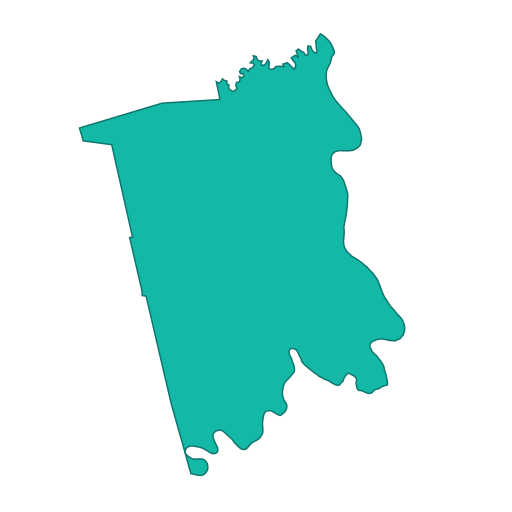 the district of Iguazú, Misiones, Argentina, rotated 164°
{"feature_id": "61730980B21961764082426", "entity_name": "Iguazú", "entity_type": "district", "adm_level": 2, "iso_a3": "ARG", "parent_name": "Argentina", "parent_adm1": "Misiones", "projection": "natural_earth1", "projection_center": [-54.463, -25.856], "detail": "fine", "context": "isolated", "style": "filled", "palette": "teal", "viewbox_px": 512, "rotation_deg": 164, "n_neighbors": 0, "source": "geoboundaries", "source_scale": "gbopen_adm2", "svg_char_len": 6039}
<svg xmlns="http://www.w3.org/2000/svg" viewBox="0 0 512 512"><g transform="rotate(164 256 256)"><path d="M390.4,427.7L390.3,414.2L364.0,402.8L369.5,308.0L372.4,308.5L375.2,254.1L375.7,251.6L376.3,249.4L372.7,247.7L378.2,137.4L378.4,87.4L378.7,87.0L378.4,85.6L378.6,64.7L376.3,63.6L374.7,62.6L373.4,61.9L370.2,60.5L369.2,60.2L367.5,60.2L366.7,60.2L365.3,60.8L364.3,61.4L363.2,62.2L362.2,63.1L361.8,63.6L361.0,64.8L360.6,65.8L360.2,67.7L360.1,68.9L360.3,70.9L360.7,72.1L361.9,74.3L362.5,74.8L363.6,75.5L364.5,76.0L366.5,76.6L371.5,77.8L372.5,78.2L373.6,78.9L374.2,79.5L376.4,82.2L377.3,83.4L377.9,84.8L378.2,85.7L378.2,86.2L378.2,86.9L378.0,87.7L377.6,88.6L376.2,90.3L375.2,90.8L374.0,91.2L372.1,91.4L371.2,91.4L369.7,91.0L368.1,90.3L362.6,87.6L361.7,87.0L359.4,85.2L357.2,82.9L354.3,79.6L353.5,78.9L352.1,78.0L350.9,77.6L350.0,77.5L349.0,77.5L348.0,77.8L347.2,78.3L346.6,79.0L346.0,80.7L345.8,81.9L345.8,82.7L347.2,90.9L347.2,92.7L347.2,93.6L347.0,94.8L346.7,95.8L346.2,96.5L344.8,97.7L344.0,98.3L342.6,98.7L341.5,98.8L339.8,98.8L338.9,98.6L338.1,98.3L337.4,98.0L336.3,97.1L335.4,95.9L332.5,91.1L331.0,89.0L330.2,87.5L329.3,86.0L328.2,82.6L325.7,77.9L323.8,75.0L321.9,73.6L321.6,73.5L320.2,73.1L319.7,73.1L318.5,73.3L317.4,73.8L314.0,76.1L311.5,77.4L309.8,78.0L306.1,78.7L304.0,79.4L302.9,79.9L301.3,81.0L299.4,82.7L298.7,83.7L298.2,84.4L297.9,85.2L297.3,87.0L296.0,93.0L294.3,97.4L292.5,100.8L291.6,102.2L290.8,103.0L289.8,103.7L289.5,103.9L288.6,104.0L285.9,103.6L284.5,103.2L283.8,102.8L281.1,99.9L278.5,97.3L277.7,96.7L276.7,96.2L276.0,96.2L275.1,96.4L272.1,97.8L271.0,98.5L269.8,99.6L269.2,100.3L268.5,101.2L268.0,102.4L267.7,103.3L267.6,104.5L267.6,105.7L268.7,109.6L269.0,111.9L268.9,113.6L268.8,115.3L268.4,117.2L267.6,119.2L265.8,122.9L264.0,125.5L263.0,126.5L262.2,127.1L257.8,129.6L252.0,133.5L251.3,134.2L250.6,135.3L250.4,135.9L250.0,137.7L249.8,139.0L249.7,141.1L250.2,144.8L250.1,147.4L250.3,148.6L250.7,150.0L250.8,150.8L250.9,152.9L250.7,154.4L250.5,155.1L249.9,156.3L248.9,157.1L248.2,157.4L247.4,157.4L246.7,157.2L245.9,156.9L244.6,156.1L243.6,155.2L243.3,154.8L242.8,153.6L242.1,150.6L241.8,148.9L241.7,147.3L241.5,146.7L241.1,145.3L241.1,144.5L241.1,143.0L240.9,141.6L240.4,140.2L238.7,137.1L236.0,133.1L233.2,129.3L232.5,128.1L232.0,127.4L230.4,125.9L228.7,123.1L228.3,122.7L226.8,121.4L223.9,118.5L220.5,116.0L219.3,114.5L217.2,112.2L215.2,110.4L213.2,109.2L212.5,108.9L211.5,109.0L211.0,109.2L209.2,110.6L208.7,110.9L207.5,111.3L206.9,111.6L206.5,112.1L205.7,113.5L204.8,114.5L203.7,115.6L201.4,117.2L200.5,117.7L200.1,117.8L199.1,117.7L198.5,117.3L194.4,113.2L193.8,112.0L193.5,111.0L193.4,110.2L193.5,109.1L194.4,107.2L194.7,106.6L194.9,105.7L195.3,102.4L195.3,100.5L194.8,99.2L194.4,98.7L194.0,98.5L191.1,97.2L188.1,94.4L186.6,93.4L184.9,92.6L183.8,92.5L183.2,92.5L181.8,92.9L179.5,94.4L178.6,94.7L176.3,94.8L174.9,94.6L173.4,94.9L170.6,95.8L165.2,95.9L164.4,98.5L164.2,100.3L164.1,102.3L163.8,104.6L163.8,107.5L164.0,109.7L163.8,111.5L163.6,114.3L163.8,116.2L164.2,117.4L164.5,118.7L165.4,121.5L165.9,122.7L166.8,124.6L167.7,127.3L168.7,128.6L170.2,131.1L170.6,132.0L170.8,132.7L171.1,134.9L171.4,135.6L171.5,136.7L171.4,137.9L171.1,138.8L170.1,140.4L169.1,141.0L167.7,141.7L166.2,142.0L164.7,142.0L163.5,142.4L160.8,142.1L158.1,141.7L157.2,141.3L153.6,139.6L152.5,138.8L149.1,137.3L147.7,137.0L146.5,136.2L141.4,136.6L140.5,136.9L139.3,137.4L138.2,138.3L136.5,139.3L133.9,142.9L133.1,145.3L132.5,147.6L132.5,150.7L132.8,153.3L133.3,155.4L133.9,156.7L135.1,159.2L136.1,160.8L136.7,162.4L137.9,165.1L138.2,166.0L139.0,167.2L139.5,168.6L140.2,169.8L141.4,172.9L142.4,177.1L142.9,178.8L143.7,180.6L144.0,182.7L144.3,183.7L144.6,187.3L145.0,190.2L145.0,193.7L145.3,194.7L145.3,195.8L145.6,198.9L146.1,200.8L148.0,206.0L148.8,207.9L149.6,209.5L150.6,211.1L152.5,215.1L153.4,216.1L154.1,217.0L154.7,218.1L156.3,220.6L158.0,222.7L159.0,224.0L160.0,225.1L160.8,225.9L162.6,228.0L163.6,228.9L165.0,231.0L165.4,231.8L166.0,232.7L166.4,233.6L167.5,235.5L167.7,236.5L168.0,237.3L168.2,238.5L168.5,239.7L168.6,240.4L168.4,243.6L167.6,246.7L164.7,254.1L164.0,257.2L163.7,259.4L161.9,263.1L158.0,270.6L156.0,275.3L154.1,279.9L151.7,287.2L151.2,288.4L150.8,290.2L150.6,295.6L151.0,304.1L151.7,307.0L152.8,309.7L154.5,311.6L156.1,313.6L157.2,315.5L158.0,317.4L158.5,319.8L158.5,321.4L158.1,324.7L157.4,327.4L156.5,330.0L155.6,331.7L154.4,332.9L153.3,333.6L151.9,334.2L149.9,334.6L146.6,334.3L142.8,333.0L138.9,331.9L136.9,331.4L133.8,330.9L131.2,331.3L129.4,331.8L127.8,332.3L126.6,333.1L125.2,334.0L122.6,338.4L122.3,339.3L122.1,340.3L121.6,345.7L121.6,347.3L121.7,349.4L122.1,351.4L123.2,354.4L130.0,369.8L132.0,373.6L136.3,382.7L137.4,385.9L138.6,390.2L139.8,397.4L140.1,400.5L140.0,403.0L139.7,406.3L139.2,408.9L138.5,411.1L137.1,414.5L135.5,416.7L133.6,418.7L131.4,421.2L129.5,424.1L128.9,425.4L128.4,426.4L127.7,427.0L125.2,428.9L124.7,429.6L124.5,430.5L124.5,432.4L124.5,433.9L125.3,438.7L125.8,440.7L126.6,442.6L129.1,447.2L131.5,450.4L132.9,451.8L138.5,446.9L139.5,445.9L139.9,442.7L140.7,439.5L140.6,436.4L142.5,434.4L144.5,436.2L145.5,439.3L145.7,442.5L148.1,443.6L149.4,441.0L149.6,437.8L150.6,435.0L153.1,435.6L154.1,438.7L156.4,440.7L158.1,443.2L160.9,442.1L160.7,438.9L160.8,435.8L162.9,438.1L167.5,436.8L166.6,433.8L165.3,431.1L165.2,428.0L167.6,424.9L168.9,426.6L170.9,430.5L172.5,433.2L177.3,433.0L176.8,430.4L181.5,432.0L184.5,432.7L187.0,431.2L189.7,431.1L192.0,432.6L191.0,435.6L189.7,438.4L190.5,441.4L192.4,439.3L194.7,437.4L197.7,437.4L198.1,439.6L196.3,441.8L199.1,442.5L200.7,444.6L200.8,447.7L203.4,449.2L203.4,446.0L208.3,443.3L205.6,442.2L205.0,439.8L207.5,438.1L210.4,437.6L212.6,435.5L213.7,438.1L216.1,440.0L218.7,439.8L220.9,437.8L220.6,435.6L217.8,434.7L218.3,432.1L220.4,431.1L222.5,433.1L222.6,430.2L224.0,427.9L226.9,428.2L228.4,425.5L228.0,422.3L230.0,421.1L232.8,420.6L235.0,422.6L236.2,425.0L234.8,427.6L236.4,429.5L235.9,432.5L238.1,433.5L239.4,435.5L241.4,433.6L243.9,432.3L246.1,434.5L247.5,416.3L304.1,428.8L390.4,427.7Z" fill="#14b8a6" stroke="#0f766e" stroke-width="1.5"/></g></svg>